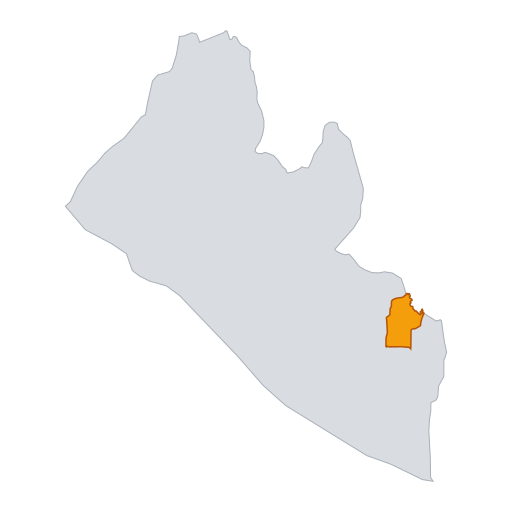 Konobo, Grand Gedeh, Liberia (highlighted)
{"feature_id": "62588387B20671280647544", "entity_name": "Konobo", "entity_type": "district", "adm_level": 2, "iso_a3": "LBR", "parent_name": "Liberia", "parent_adm1": "Grand Gedeh", "projection": "natural_earth1", "projection_center": [-7.832, 5.841], "detail": "fine", "context": "in_parent", "style": "filled", "palette": "amber", "viewbox_px": 512, "rotation_deg": 0, "n_neighbors": 0, "source": "geoboundaries", "source_scale": "gbopen_adm2", "svg_char_len": 4030}
<svg xmlns="http://www.w3.org/2000/svg" viewBox="0 0 512 512"><path d="M65.4,206.3L70.4,201.5L77.6,186.1L87.8,171.2L97.2,162.4L104.7,153.4L112.6,146.4L124.0,138.3L141.3,117.0L145.4,114.5L148.2,99.8L152.5,81.0L157.6,75.1L169.4,71.6L172.1,68.4L176.3,55.1L179.0,39.7L179.3,36.4L183.9,36.0L191.9,32.7L196.5,34.1L198.5,38.6L199.6,42.3L223.6,32.7L225.7,30.7L227.0,31.1L230.0,39.7L231.8,39.2L233.2,36.7L234.8,36.5L236.7,37.6L238.6,41.7L241.6,45.3L246.9,47.8L250.2,51.3L249.8,60.6L251.0,69.6L253.3,71.7L254.5,77.1L255.1,83.0L256.3,86.1L257.2,92.1L256.8,98.5L257.7,103.0L261.5,110.7L263.9,120.5L263.9,127.4L262.5,134.7L260.0,141.4L255.5,148.6L255.1,151.5L257.8,153.4L261.8,153.7L265.2,152.3L273.7,155.6L278.2,160.4L282.1,166.3L285.6,169.3L287.2,173.0L293.2,172.0L300.3,168.4L301.7,166.7L303.8,167.6L308.3,168.0L311.5,161.5L314.1,154.1L319.5,146.0L322.2,142.9L322.9,137.7L323.2,131.1L325.2,125.3L329.7,122.2L334.5,122.2L337.2,123.4L338.5,129.0L342.4,133.2L345.8,136.1L347.5,137.4L350.3,140.7L353.0,151.9L363.3,188.3L362.8,198.3L360.7,204.9L360.7,211.3L360.0,217.6L353.6,228.0L334.8,249.2L336.3,251.1L340.8,253.5L345.3,254.8L349.1,254.1L353.8,259.4L358.8,266.1L364.2,269.5L371.9,272.6L378.7,272.9L384.5,271.8L392.6,273.1L401.2,278.6L404.3,287.7L406.3,295.7L409.3,299.7L409.7,306.6L415.9,312.6L424.6,313.8L436.0,320.9L438.9,320.5L440.1,319.6L441.5,321.0L444.3,341.4L446.6,352.2L445.4,356.6L443.9,360.1L443.8,376.6L438.6,386.0L437.8,396.4L436.4,399.8L430.9,402.8L430.8,410.8L429.4,420.4L428.8,430.7L430.3,457.5L430.6,477.5L433.1,481.3L422.4,479.6L391.0,464.3L366.8,455.6L285.7,405.6L263.2,385.5L237.2,355.7L179.5,295.5L166.4,285.9L149.8,281.2L139.5,276.1L132.3,270.5L126.5,253.8L112.0,243.9L85.4,229.8L65.4,206.3Z" fill="#d9dde1" stroke="#a8b0b8" stroke-width="1"/><path d="M409.6,348.0L409.9,348.0L410.4,348.1L410.7,348.6L410.9,345.7L410.9,340.2L411.0,336.1L411.0,333.9L411.0,331.0L411.5,329.5L411.9,329.3L413.3,328.7L414.0,328.7L414.6,328.9L415.7,328.5L416.5,328.0L419.7,326.2L420.4,325.6L420.6,325.0L420.7,324.8L420.7,323.9L420.6,323.4L421.6,319.3L421.8,318.6L422.7,316.3L423.6,314.0L424.0,313.2L423.7,312.8L423.4,312.6L423.2,312.8L423.0,313.0L422.7,313.1L422.6,312.9L422.5,312.5L422.7,311.7L422.9,310.9L422.5,309.9L422.4,309.3L422.3,309.2L422.1,309.3L421.7,309.6L421.6,310.2L421.3,311.1L420.9,311.5L420.6,311.6L420.4,311.7L420.3,312.0L420.5,312.5L420.8,312.9L421.1,313.6L421.0,314.0L420.9,314.4L420.5,314.7L420.2,314.7L419.5,314.4L418.8,313.8L418.2,313.2L417.5,312.7L417.3,312.2L416.7,311.5L416.4,311.2L416.1,311.0L415.6,310.9L415.4,311.0L415.1,311.2L414.7,310.8L414.4,310.0L414.0,309.5L413.2,309.0L412.8,308.6L412.8,308.3L412.9,307.6L412.9,306.9L412.6,306.5L411.9,306.4L410.7,306.0L410.2,305.2L409.9,303.9L410.2,303.5L410.7,303.3L410.9,302.8L410.8,302.5L410.3,301.9L410.3,301.6L410.6,301.3L411.2,300.9L412.1,300.2L412.1,299.7L411.9,299.5L411.3,298.9L410.8,298.6L410.2,298.3L409.6,297.7L409.5,297.4L409.5,297.0L410.0,296.5L410.2,295.9L410.1,295.6L410.0,295.4L409.9,294.9L409.3,293.8L409.1,293.6L408.8,293.6L408.6,293.8L408.6,294.0L408.6,294.4L408.4,294.6L408.2,294.5L407.7,294.0L407.1,293.5L406.8,293.4L406.5,293.5L406.3,293.9L406.2,294.6L405.9,294.9L405.7,295.0L405.5,295.3L405.3,295.4L405.0,295.6L404.8,295.5L403.3,297.0L401.7,297.5L399.1,297.8L396.2,298.3L395.2,298.6L393.5,299.4L392.4,300.0L391.6,301.2L391.4,302.8L391.4,303.4L391.4,304.5L391.4,305.6L391.3,306.6L390.6,307.5L390.2,308.7L390.0,311.6L390.0,311.8L389.9,313.7L389.9,314.8L389.4,315.2L388.7,315.8L388.1,316.3L387.3,316.7L386.6,317.3L386.4,317.8L386.5,319.2L386.7,320.6L386.9,323.9L387.2,329.0L387.2,330.7L387.3,331.3L387.4,331.8L387.2,333.1L387.0,334.3L386.7,335.2L386.3,336.7L386.0,338.4L386.0,339.6L386.0,345.5L386.2,345.9L385.9,346.1L386.2,346.6L386.5,346.4L386.6,346.7L386.9,346.3L387.2,346.4L387.5,346.5L388.2,346.6L389.1,346.7L389.8,347.0L390.2,347.0L391.5,346.8L392.1,346.7L394.0,346.9L396.0,346.8L400.2,346.7L401.1,346.7L401.5,346.7L403.5,346.8L404.8,347.1L407.3,347.1L409.0,347.3L409.3,347.5L409.6,348.0Z" fill="#f59e0b" stroke="#b45309" stroke-width="1.5"/></svg>